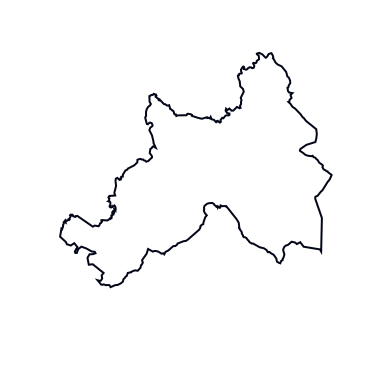 Denkyembour, Eastern, Ghana, rotated 157°
{"feature_id": "2480657B53762921220630", "entity_name": "Denkyembour", "entity_type": "district", "adm_level": 2, "iso_a3": "GHA", "parent_name": "Ghana", "parent_adm1": "Eastern", "projection": "natural_earth1", "projection_center": [-0.823, 6.057], "detail": "fine", "context": "isolated", "style": "outline", "palette": "ink", "viewbox_px": 384, "rotation_deg": 157, "n_neighbors": 0, "source": "geoboundaries", "source_scale": "gbopen_adm2", "svg_char_len": 6038}
<svg xmlns="http://www.w3.org/2000/svg" viewBox="0 0 384 384"><g transform="rotate(157 192 192)"><path d="M190.2,296.7L191.8,297.3L192.7,296.8L193.8,296.9L195.8,291.6L195.5,289.1L196.8,288.1L199.3,287.4L201.4,285.8L203.0,283.7L204.7,279.7L205.7,279.2L206.1,278.4L207.0,272.3L206.2,271.6L204.3,272.3L203.4,272.3L202.2,271.0L202.2,268.7L202.9,268.1L205.3,267.5L207.1,265.6L206.7,259.9L207.7,253.7L208.3,252.0L208.1,246.9L209.8,249.0L210.4,249.2L212.1,248.1L213.5,247.9L215.7,244.4L214.9,241.2L215.2,239.5L220.2,237.6L222.3,237.8L223.0,239.3L223.9,239.9L224.3,241.0L225.4,241.4L226.3,242.4L227.2,242.8L229.6,243.0L230.9,240.5L234.9,239.1L241.9,238.6L242.7,237.9L244.9,237.8L248.8,235.0L249.7,233.2L251.2,233.7L251.8,233.2L251.9,232.0L252.7,231.3L254.0,231.5L254.1,232.5L254.5,232.5L255.3,234.2L256.9,234.0L258.0,232.3L259.5,227.3L263.8,221.6L264.1,218.8L269.1,220.5L269.1,220.2L270.4,220.2L271.1,219.5L270.7,218.2L271.9,216.6L272.6,216.3L271.8,215.9L272.0,215.5L271.3,214.8L271.4,213.8L272.1,212.3L273.4,211.2L273.5,210.5L273.2,209.9L272.5,210.0L272.8,209.7L272.5,209.4L271.3,209.4L270.9,209.9L269.8,209.4L269.0,209.8L269.0,209.2L268.5,209.2L268.4,207.7L268.9,206.1L269.2,205.7L269.6,206.0L269.8,205.3L270.1,205.8L270.1,205.1L270.6,205.7L271.3,205.0L271.9,205.3L272.8,204.8L271.9,204.3L271.6,203.4L271.9,203.2L273.1,203.6L273.4,203.4L273.0,203.2L273.1,202.0L274.7,201.9L275.0,201.4L275.5,201.6L276.1,199.5L276.5,199.4L276.3,199.8L276.6,199.9L276.8,199.3L277.3,199.2L277.4,199.8L277.8,199.8L279.5,199.0L281.1,198.9L286.0,201.4L286.5,201.4L286.5,199.8L287.5,199.5L287.9,199.0L288.9,199.0L290.6,197.3L291.4,197.0L294.7,199.1L296.8,198.8L306.9,214.8L308.5,215.2L309.0,214.7L310.2,215.4L310.8,216.1L310.6,216.4L310.8,217.2L311.8,217.4L311.4,218.0L312.7,218.6L313.4,218.1L313.0,217.3L314.5,215.8L315.7,215.3L315.6,214.9L316.2,215.1L316.4,214.3L317.7,214.8L318.3,214.3L319.3,214.3L319.6,215.5L320.3,214.9L320.4,213.3L321.5,214.6L321.9,214.4L322.5,212.9L323.7,211.9L324.1,210.7L326.1,208.5L326.5,209.3L330.9,202.4L327.6,195.2L327.6,192.8L324.5,190.1L320.4,190.9L319.0,186.1L323.1,183.0L323.2,181.5L321.8,180.9L319.2,183.8L315.2,184.9L311.4,181.4L307.4,176.3L304.9,175.0L304.8,173.3L307.9,173.6L310.6,174.7L313.9,172.3L315.4,165.4L311.6,164.3L305.0,152.0L307.7,150.6L308.5,147.4L310.6,146.0L311.7,146.3L313.4,147.7L311.8,142.3L310.6,141.5L309.4,141.5L307.5,139.7L306.5,139.6L304.4,138.5L304.1,136.2L299.1,136.3L296.8,135.5L293.4,135.7L290.6,136.5L289.2,138.5L287.5,139.1L286.2,140.0L284.8,140.3L282.7,142.6L279.4,141.9L279.1,142.3L275.2,142.2L272.7,140.7L269.2,142.3L267.3,144.6L266.4,144.9L264.8,146.3L264.8,148.1L264.4,148.9L258.0,152.8L254.7,156.7L251.3,152.4L250.2,152.5L248.8,152.1L246.4,150.4L244.0,147.0L242.3,146.8L241.9,145.5L239.8,147.2L236.7,147.4L230.4,149.5L228.6,148.8L226.7,149.2L225.4,150.2L219.0,150.0L216.7,149.4L214.4,149.8L199.8,154.6L197.9,156.4L197.7,157.2L195.9,158.0L194.2,158.0L193.2,159.7L189.7,163.6L187.5,164.7L188.4,167.6L188.4,170.2L187.4,171.5L187.2,172.8L185.8,174.4L182.6,175.3L180.4,175.0L177.5,173.9L176.5,172.4L176.4,171.2L175.6,169.9L175.3,168.9L174.8,169.1L174.5,168.4L174.1,168.6L174.2,168.0L173.9,168.3L173.0,167.5L173.2,167.2L172.7,166.6L172.3,166.6L172.1,167.3L171.7,167.3L171.2,168.1L170.9,167.8L170.6,168.2L169.8,167.2L166.9,166.1L166.3,165.1L165.9,165.3L161.6,149.7L161.0,145.5L162.0,141.9L162.8,140.5L162.3,140.0L162.6,139.0L162.0,136.5L161.9,135.3L162.4,134.3L162.0,131.8L162.3,131.0L161.9,130.2L160.6,129.4L159.7,127.9L159.7,126.9L158.9,125.0L158.7,123.6L157.2,121.2L155.9,120.7L151.3,114.7L147.8,112.1L146.0,109.4L145.8,107.3L145.5,106.8L144.4,106.8L143.9,106.3L143.5,105.1L141.3,102.2L140.4,97.8L141.0,94.7L139.7,92.9L138.6,91.9L136.7,93.8L135.3,93.8L135.0,94.6L133.2,96.1L131.3,98.5L130.9,102.4L130.3,103.8L128.5,105.4L126.7,106.0L124.3,105.8L119.7,107.3L116.8,105.2L115.8,103.1L112.0,103.5L110.6,98.0L96.7,89.2L96.4,86.7L82.6,117.3L81.2,137.6L80.5,139.2L79.8,139.5L77.9,139.4L73.3,141.9L71.3,142.6L63.3,148.2L60.3,149.8L56.8,153.1L58.9,156.8L59.2,158.1L60.2,158.6L60.5,159.6L62.0,161.4L62.2,163.9L61.3,164.9L61.4,166.1L63.4,169.2L63.9,172.5L64.7,173.8L65.1,175.4L66.5,176.6L66.8,178.2L67.9,178.2L71.3,180.2L73.4,182.3L74.4,184.5L76.5,187.6L76.4,188.3L75.2,189.3L68.3,190.7L58.9,189.8L56.6,192.8L54.4,196.7L53.1,201.3L59.3,212.9L60.3,216.8L60.9,217.4L61.6,220.9L64.4,228.3L66.3,231.3L66.9,234.7L68.1,237.3L67.0,237.3L66.0,238.8L63.6,239.7L63.4,242.8L60.9,243.8L63.7,245.6L64.2,247.4L63.4,250.6L62.5,250.6L61.2,252.4L59.1,253.7L58.3,255.7L58.1,259.2L59.1,261.2L58.4,265.7L60.4,272.6L63.4,276.0L64.5,278.5L64.9,282.6L65.3,283.5L64.5,284.4L64.3,285.4L64.5,288.2L64.9,288.9L67.6,289.0L69.9,287.3L71.5,286.7L72.0,287.3L73.4,291.1L75.9,293.9L78.3,294.0L78.4,293.4L77.3,291.4L78.3,288.3L78.6,287.9L81.1,287.4L82.1,286.0L83.0,285.7L84.9,286.8L85.5,286.6L85.3,284.1L85.9,282.9L86.8,282.2L88.3,282.5L88.8,283.5L89.9,284.2L91.6,284.2L93.6,283.4L94.5,283.5L96.2,284.9L95.3,286.1L95.3,287.0L95.6,287.4L96.5,287.3L99.1,285.5L99.7,283.7L99.6,282.4L99.9,281.8L102.3,282.3L103.2,281.1L103.9,281.4L104.5,280.9L104.9,277.7L104.8,275.3L106.3,270.4L104.8,266.9L105.2,264.0L110.3,259.7L110.6,257.1L111.7,255.8L112.4,253.9L114.2,252.5L114.4,250.5L115.5,250.5L117.4,252.7L122.2,250.8L123.8,251.4L125.0,254.2L127.3,253.6L128.1,255.4L129.1,254.1L129.3,253.1L128.7,250.9L126.9,249.6L127.3,248.4L128.2,248.1L130.5,249.2L131.8,249.0L134.3,247.6L135.3,248.5L137.7,247.0L138.0,245.3L139.1,245.0L139.6,245.4L140.5,247.5L141.3,247.6L142.2,246.7L142.6,246.9L143.6,249.8L145.5,251.3L145.5,253.8L146.8,252.7L147.9,253.9L149.1,254.1L149.1,255.0L154.0,255.5L154.8,255.9L158.1,258.4L162.4,262.2L161.9,263.0L162.7,264.0L165.1,265.6L165.9,265.7L167.0,264.8L175.2,268.1L176.7,268.1L176.6,269.7L177.2,269.8L177.9,271.1L177.5,272.2L177.5,273.9L178.4,274.8L178.5,275.7L179.6,276.9L179.1,280.8L180.3,280.9L181.3,281.5L182.4,283.3L183.4,283.8L185.7,289.8L186.5,289.3L186.8,289.9L186.7,291.1L188.3,293.8L188.1,294.4L187.6,294.2L187.1,294.5L187.1,295.8L187.6,296.0L188.8,297.3L190.2,296.7Z" fill="none" stroke="#020617" stroke-width="2"/></g></svg>